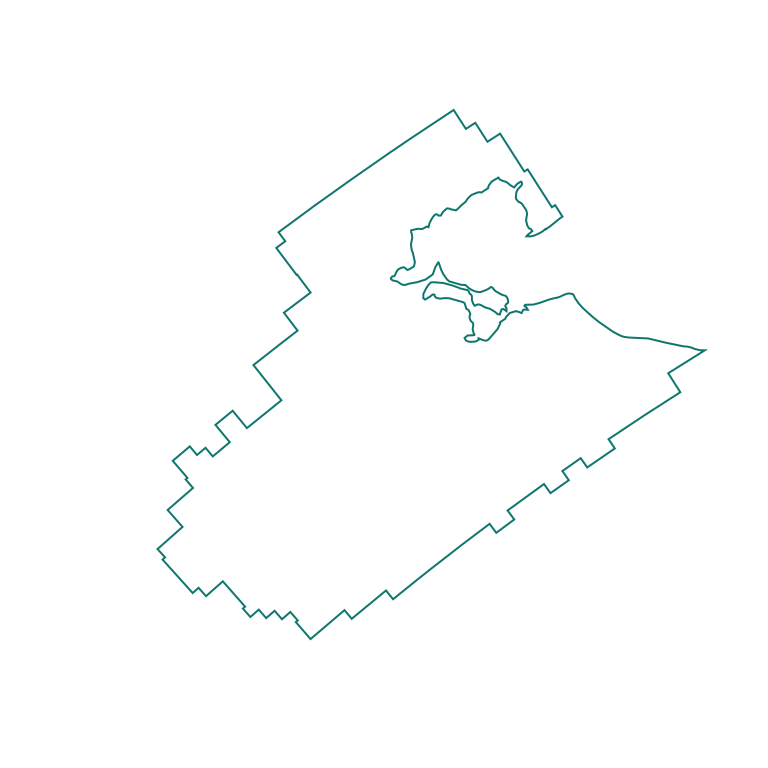 outline of Northwest Arctic, Alaska, United States of America, rotated 145°
{"feature_id": "52423323B69219161179389", "entity_name": "Northwest Arctic", "entity_type": "district", "adm_level": 2, "iso_a3": "USA", "parent_name": "United States of America", "parent_adm1": "Alaska", "projection": "albers", "projection_center": [-161.672, 66.866], "detail": "fine", "context": "isolated", "style": "outline", "palette": "teal", "viewbox_px": 768, "rotation_deg": 145, "n_neighbors": 0, "source": "geoboundaries", "source_scale": "gbopen_adm2", "svg_char_len": 4666}
<svg xmlns="http://www.w3.org/2000/svg" viewBox="0 0 768 768"><g transform="rotate(145 384 384)"><path d="M394.2,557.2L393.0,523.5L392.4,523.5L391.7,501.0L425.1,499.8L424.2,477.3L445.0,476.3L480.1,474.4L477.4,429.5L521.6,426.5L523.3,448.9L545.5,447.2L545.3,444.3L543.7,424.8L565.8,422.9L566.8,434.1L577.9,433.1L578.9,444.3L601.1,442.2L598.9,419.8L601.2,419.6L600.1,408.4L633.5,404.9L631.0,382.5L664.2,378.7L662.8,367.5L666.1,367.2L660.6,322.5L652.8,323.4L651.5,312.3L629.2,314.8L625.5,281.3L628.4,281.0L627.1,269.8L616.0,271.0L614.8,259.8L603.7,261.0L602.5,249.8L591.5,251.0L590.3,239.8L592.8,239.6L590.9,221.7L590.5,217.2L546.1,221.4L545.1,210.2L500.8,213.7L500.0,202.5L469.4,204.6L450.7,205.7L413.3,207.6L377.7,208.9L377.4,197.7L355.0,198.3L355.3,209.5L310.3,210.3L310.2,199.1L287.8,199.2L287.8,210.4L265.4,210.4L265.4,199.1L231.9,198.8L231.7,210.0L188.6,209.0L146.0,207.3L145.0,229.8L101.9,227.6L105.4,230.1L109.3,234.4L110.9,237.0L113.7,240.3L117.1,243.1L124.1,250.5L130.1,256.9L141.5,269.8L157.0,281.8L160.1,284.7L161.8,286.8L163.1,288.9L166.5,295.6L172.3,311.3L173.4,315.0L174.8,320.0L177.6,332.3L178.3,338.3L178.3,341.6L178.3,344.4L177.7,347.8L177.7,349.2L179.8,351.5L181.6,352.7L185.3,353.8L190.1,354.6L192.9,355.5L195.0,356.5L200.0,358.4L210.1,361.2L216.3,363.5L222.9,367.9L224.1,367.5L224.2,366.9L223.4,365.6L223.6,362.3L226.4,364.5L227.4,364.9L230.6,363.2L232.4,365.9L234.1,368.0L240.2,370.0L241.9,369.6L245.0,369.1L247.3,367.9L253.5,368.0L253.8,367.9L253.8,367.3L254.9,366.4L259.4,363.9L271.1,360.9L273.3,360.5L274.0,360.6L275.3,360.8L275.9,361.2L277.9,363.4L280.3,367.2L281.0,365.9L284.8,366.3L289.5,369.3L290.8,370.7L291.8,372.4L291.8,374.4L291.6,375.5L287.7,375.8L282.2,372.3L281.6,372.4L281.5,372.6L281.6,373.1L281.3,374.5L279.9,378.1L277.3,380.8L276.1,382.7L276.7,385.5L276.5,387.3L276.0,389.0L274.5,391.0L273.4,391.5L272.6,393.7L272.4,396.2L273.4,398.3L271.6,404.1L272.3,405.7L281.2,416.6L282.7,417.9L286.1,420.2L289.0,421.7L291.7,424.4L292.1,426.6L291.9,427.3L291.5,427.8L291.5,428.3L292.1,429.0L292.8,429.3L293.6,429.4L296.4,429.2L301.9,429.6L302.6,431.6L300.2,435.1L294.6,438.2L290.4,439.8L287.4,440.3L284.8,438.8L277.5,432.7L271.3,425.3L267.8,420.3L267.0,418.9L263.7,415.1L261.9,413.3L261.6,412.6L261.4,410.9L262.1,408.9L261.3,407.1L261.6,405.8L262.0,405.0L262.5,404.1L263.4,403.2L264.0,401.8L264.9,398.6L264.8,396.0L263.0,395.8L261.8,395.4L260.6,394.7L259.5,393.4L257.5,389.2L253.9,384.5L251.8,379.6L251.3,378.1L250.9,376.1L249.2,374.5L248.0,375.6L244.8,377.7L243.0,376.8L241.9,373.4L240.2,375.7L240.0,378.3L238.4,379.3L235.9,379.4L235.0,380.2L234.3,381.8L233.8,383.3L233.6,385.2L233.7,385.8L233.8,386.3L234.2,386.9L235.2,388.1L236.3,389.7L237.7,392.4L239.3,395.9L239.8,398.4L239.8,399.6L239.8,400.5L240.7,402.1L243.8,402.0L247.5,402.7L251.7,403.8L253.7,404.9L256.4,407.8L258.2,410.8L259.0,412.6L259.6,414.1L260.0,416.3L260.4,417.9L260.7,418.5L263.9,421.0L271.8,430.8L272.4,433.8L272.4,440.0L271.9,443.4L271.5,445.4L269.6,451.8L269.8,452.5L274.7,450.4L281.2,445.8L289.9,445.7L298.5,448.4L305.9,451.8L308.8,452.7L310.6,453.4L311.7,454.5L312.7,456.2L313.2,457.2L314.2,460.2L317.5,463.9L317.7,464.3L318.0,465.9L318.0,466.3L317.8,466.6L317.5,466.8L315.6,467.3L314.7,467.1L313.9,466.5L312.9,466.7L309.9,468.5L307.1,469.7L303.7,469.4L301.1,468.5L300.7,468.1L300.1,466.5L299.8,465.6L299.6,464.1L298.2,463.6L292.1,463.1L288.8,466.1L285.4,474.3L284.8,476.2L284.7,477.3L282.7,481.4L281.9,482.8L276.9,487.7L275.6,490.1L274.9,491.8L274.7,492.9L273.6,494.3L267.7,492.0L263.7,489.0L258.6,488.4L258.2,488.1L257.8,487.0L257.7,486.9L254.2,489.8L250.8,491.6L247.5,493.0L245.4,493.4L244.3,493.3L243.2,492.5L242.7,490.6L240.9,489.4L237.0,491.1L232.2,491.7L231.5,491.6L229.5,489.8L229.2,489.3L229.1,488.8L225.5,485.0L223.4,485.1L218.9,485.9L212.5,486.5L209.9,487.6L207.4,488.2L204.6,488.6L203.4,488.6L197.2,487.1L195.8,486.3L194.3,485.0L186.3,484.7L185.9,485.3L183.9,486.7L179.5,488.1L171.9,487.5L171.9,485.8L171.7,484.7L170.2,482.3L168.0,479.4L167.3,477.5L166.5,474.4L164.7,470.4L159.8,471.6L156.1,471.3L155.6,471.1L155.4,470.8L156.2,468.6L157.9,467.7L162.7,466.8L165.5,465.2L168.8,461.5L169.6,460.0L169.6,458.9L169.2,455.8L168.7,455.3L167.6,452.5L167.8,444.7L168.8,442.1L169.5,440.9L171.9,438.6L173.9,436.3L175.7,431.7L175.8,430.7L176.0,428.4L174.8,426.8L174.8,424.2L180.9,423.7L182.5,423.2L179.2,420.8L176.3,419.6L171.3,418.5L166.6,418.0L163.3,418.3L163.4,418.1L163.3,417.9L157.4,417.9L144.4,418.8L141.8,418.7L141.2,432.3L145.1,432.5L143.2,477.4L147.2,477.6L145.3,522.5L160.3,523.1L159.4,545.6L170.6,546.0L169.8,568.5L220.1,569.8L246.7,570.2L293.9,570.3L338.4,569.9L383.3,568.8L383.0,557.6L394.2,557.2Z" fill="none" stroke="#0f766e" stroke-width="2"/></g></svg>